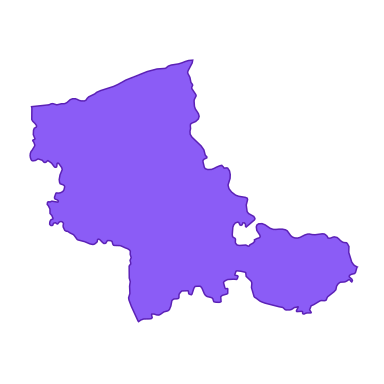 map outline of Grodno (orthographic projection), rotated 85°
{"feature_id": "BLR-2344", "entity_name": "Grodno", "entity_type": "Region", "adm_level": 1, "iso_a3": "BLR", "parent_name": "Belarus", "parent_adm1": "", "projection": "orthographic", "projection_center": [25.492, 53.866], "detail": "fine", "context": "isolated", "style": "filled", "palette": "violet", "viewbox_px": 384, "rotation_deg": 85, "n_neighbors": 0, "source": "natural_earth", "source_scale": "10m", "svg_char_len": 6031}
<svg xmlns="http://www.w3.org/2000/svg" viewBox="0 0 384 384"><g transform="rotate(85 192 192)"><path d="M265.9,41.1L275.7,39.0L278.6,37.3L279.8,36.0L281.1,33.9L281.3,34.2L286.3,36.1L287.4,37.1L287.9,40.4L288.6,42.0L289.2,42.6L289.9,42.8L290.4,42.6L292.7,40.4L293.4,40.1L294.3,39.9L295.5,40.7L294.8,41.5L293.4,42.3L293.0,43.0L293.0,43.5L294.1,45.4L294.7,46.9L294.9,48.1L294.8,52.0L295.3,53.1L296.6,54.8L298.5,56.2L301.9,57.2L303.8,59.3L308.2,66.0L309.2,66.7L311.3,67.7L311.8,68.9L311.8,69.8L311.4,72.7L311.6,73.9L314.9,80.7L315.7,83.2L319.6,85.1L322.2,83.8L322.6,83.8L322.8,84.3L322.5,87.8L322.7,89.3L323.3,90.8L323.3,91.4L322.9,92.2L322.4,92.4L320.9,92.3L320.6,92.6L320.4,93.4L320.3,97.9L319.9,98.3L319.3,98.3L316.1,96.3L315.6,96.3L315.5,96.5L315.9,98.0L316.0,99.9L316.3,100.6L317.5,102.7L317.8,103.6L318.0,105.0L317.7,108.6L317.2,109.6L315.3,111.2L314.8,112.0L313.9,115.3L309.1,128.9L307.5,132.3L306.5,133.9L303.4,137.3L302.3,138.8L301.5,139.3L292.4,141.1L288.5,140.4L287.3,140.4L285.9,140.9L280.8,145.4L277.1,145.5L276.5,146.2L275.2,150.3L274.5,153.7L274.6,154.8L275.1,155.2L277.9,156.5L278.6,156.4L279.4,153.9L280.1,153.5L282.3,154.4L283.0,155.2L282.5,158.0L282.3,164.0L282.9,165.8L283.8,167.6L284.5,168.2L285.1,168.5L290.3,167.6L291.1,167.1L291.3,166.7L291.2,165.2L291.6,164.8L295.8,165.2L296.3,165.4L296.7,166.3L297.6,170.8L298.8,172.5L303.7,172.6L304.1,173.3L304.3,174.6L303.9,177.7L303.5,179.1L303.1,179.9L300.1,180.6L299.4,181.1L298.7,182.4L297.5,185.9L297.0,186.7L296.0,187.7L294.4,188.6L288.8,190.4L287.2,191.4L286.6,192.1L286.5,192.8L286.3,196.4L286.4,197.2L288.0,198.5L293.7,200.9L294.3,201.6L293.9,202.8L293.1,204.1L290.3,204.3L290.0,204.9L289.7,210.6L290.5,211.8L292.2,213.4L293.1,213.9L296.0,214.2L296.8,214.7L297.1,216.1L297.0,218.6L297.1,219.6L298.0,221.1L298.4,221.5L303.7,223.0L307.2,224.8L308.3,226.4L309.0,230.5L311.1,234.1L311.7,235.7L311.4,237.8L310.3,240.4L310.1,242.7L310.8,243.0L313.6,242.6L314.5,243.3L314.7,245.0L314.3,251.3L315.1,254.2L316.5,256.5L315.8,257.0L300.6,262.4L294.1,264.2L291.9,264.4L287.6,262.7L280.4,262.4L275.9,261.3L272.3,262.0L260.5,261.1L259.6,260.6L258.4,259.3L256.9,259.3L254.7,259.7L252.1,258.3L248.7,259.0L245.6,258.6L244.3,259.3L242.8,261.2L241.9,263.2L239.5,267.4L239.1,268.6L238.5,273.7L238.2,274.8L237.2,275.4L234.2,276.0L233.4,277.4L233.0,280.2L233.5,280.9L235.4,282.3L235.7,283.2L235.6,284.3L234.5,285.5L231.3,288.1L230.8,289.1L230.8,289.6L231.3,290.3L233.0,290.7L233.8,291.2L235.3,293.5L235.6,294.5L235.6,295.6L234.8,298.2L232.1,303.3L229.8,309.8L229.2,310.6L224.9,313.2L224.0,314.0L222.2,317.0L220.4,319.2L220.1,320.7L219.1,322.1L215.6,323.4L213.9,323.3L212.5,322.8L211.8,322.9L210.6,323.7L210.2,324.4L210.0,325.1L210.1,326.2L210.5,327.0L212.1,328.6L212.1,329.0L211.9,329.4L210.7,330.7L210.9,332.1L211.4,332.9L212.8,333.5L213.2,334.3L213.1,335.4L212.5,336.1L211.6,336.6L209.6,336.3L208.3,335.7L207.3,334.8L206.7,332.9L206.0,332.8L203.1,333.7L201.0,335.3L196.5,335.0L193.0,336.4L191.8,337.3L190.1,337.0L189.2,336.2L189.5,334.1L188.9,332.4L190.3,327.1L190.4,326.7L190.3,326.4L189.9,326.1L188.9,326.1L188.0,327.1L187.1,329.0L186.1,329.5L185.1,329.4L181.6,327.8L181.1,327.3L181.5,324.8L181.2,322.8L180.2,320.6L178.8,319.4L175.8,318.4L175.1,318.5L174.5,318.7L173.7,319.6L172.3,322.6L170.8,323.1L168.0,323.2L163.5,322.0L158.3,319.3L156.3,319.7L152.2,322.1L151.6,322.7L151.5,323.2L151.6,323.6L151.9,323.9L155.1,324.6L155.4,325.0L155.5,326.0L155.3,326.5L154.7,327.1L151.0,329.4L148.2,332.7L148.2,333.1L149.6,334.9L149.8,335.9L149.5,336.8L147.3,338.5L145.7,342.2L145.8,343.0L146.9,345.1L147.1,347.3L147.0,348.2L146.6,348.9L145.6,349.5L143.7,350.0L141.6,350.1L139.5,349.7L137.6,348.8L136.5,347.7L132.7,344.9L131.6,344.5L128.7,345.2L127.0,346.2L126.6,346.1L126.2,345.6L125.9,344.2L125.3,343.8L121.0,345.1L116.6,344.5L114.8,343.6L113.8,341.5L112.9,341.1L112.1,341.2L110.1,342.4L107.5,344.6L105.8,345.3L94.5,344.2L93.0,344.4L92.7,327.4L92.5,326.3L91.9,324.8L91.8,323.3L92.1,322.2L93.3,319.4L93.3,318.3L92.7,314.4L92.9,311.8L92.8,310.7L91.9,308.6L89.4,305.3L88.7,302.9L88.9,300.1L89.8,298.2L90.8,296.6L91.6,294.5L91.9,291.1L91.1,289.4L89.6,288.3L88.2,286.6L85.8,280.3L84.4,278.3L83.0,274.2L80.0,260.9L78.4,256.4L74.7,248.1L68.1,226.1L66.4,216.2L66.5,207.6L64.5,204.6L63.7,201.7L63.2,194.2L62.4,190.6L61.4,187.3L60.7,183.9L60.7,179.8L63.5,180.6L70.8,185.3L72.2,185.9L73.5,185.8L77.6,184.1L82.8,183.5L84.3,182.5L85.6,182.0L87.6,183.1L88.9,183.2L95.3,179.7L96.6,179.5L100.2,181.7L101.6,182.0L106.9,182.1L109.4,181.5L114.5,178.8L117.2,178.3L119.8,179.3L122.1,182.2L123.4,186.2L124.3,187.6L125.9,187.9L128.7,187.9L131.3,188.7L134.3,188.8L137.3,187.3L146.9,178.9L151.1,176.5L156.4,175.6L158.4,174.1L159.3,174.3L160.3,177.0L161.5,178.3L163.0,178.4L168.4,177.6L169.9,176.8L171.0,174.4L171.2,170.5L170.4,167.9L169.4,165.5L168.4,162.4L168.0,160.3L168.2,159.8L168.7,159.7L169.5,158.8L171.0,157.9L171.0,155.3L171.3,154.4L174.2,152.8L178.0,152.4L181.8,152.9L188.2,155.5L191.9,154.9L195.5,152.6L198.9,148.9L200.3,145.9L202.0,139.3L203.0,137.5L204.5,137.3L209.7,139.1L216.4,138.8L218.4,137.5L221.7,132.6L223.8,131.6L224.8,131.9L225.4,132.4L231.6,141.1L230.9,141.7L228.9,141.5L227.3,142.5L227.1,143.9L229.0,144.9L229.5,146.1L228.9,147.2L226.6,148.0L226.0,149.0L226.6,151.5L228.4,153.3L230.7,154.4L238.0,155.6L239.8,155.5L240.6,155.0L241.9,153.2L242.8,152.8L245.9,153.2L246.9,153.0L248.8,151.6L249.4,149.4L249.5,143.0L250.7,141.0L250.9,140.4L250.6,139.5L249.8,139.1L249.5,138.6L248.3,135.8L246.7,133.9L245.1,134.0L243.9,131.0L243.7,129.7L243.2,128.5L242.1,127.9L240.8,128.2L235.9,130.8L232.4,131.0L230.6,130.3L229.5,128.5L229.6,125.0L231.1,122.0L234.9,117.4L236.3,114.4L236.6,111.7L236.6,108.7L236.9,105.1L237.8,102.2L239.0,100.5L244.0,97.5L245.6,95.9L246.7,93.7L247.1,90.9L246.6,88.2L244.6,83.3L244.0,80.5L244.1,78.7L244.9,76.0L245.3,73.1L245.0,65.9L245.3,64.0L246.1,62.8L247.9,61.2L249.7,60.5L250.0,59.3L250.0,58.1L249.2,55.3L249.1,54.1L250.0,51.4L251.6,49.8L253.4,48.3L255.1,46.3L255.6,44.9L256.0,42.5L257.0,41.7L260.0,40.4L265.9,41.1Z" fill="#8b5cf6" stroke="#5b21b6" stroke-width="1.5"/></g></svg>